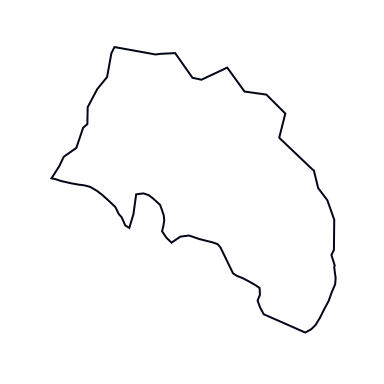 outline of Ika, Akwa Ibom, Nigeria, rotated 263°
{"feature_id": "59680162B87230656090923", "entity_name": "Ika", "entity_type": "district", "adm_level": 2, "iso_a3": "NGA", "parent_name": "Nigeria", "parent_adm1": "Akwa Ibom", "projection": "mercator", "projection_center": [7.523, 5.022], "detail": "fine", "context": "isolated", "style": "outline", "palette": "ink", "viewbox_px": 384, "rotation_deg": 263, "n_neighbors": 0, "source": "geoboundaries", "source_scale": "gbopen_adm2", "svg_char_len": 1224}
<svg xmlns="http://www.w3.org/2000/svg" viewBox="0 0 384 384"><g transform="rotate(263 192 192)"><path d="M222.7,54.2L221.4,58.1L219.0,63.0L215.4,73.0L213.1,80.4L211.9,85.4L209.5,91.6L204.7,97.8L199.8,102.8L192.5,109.1L186.4,114.1L179.1,116.6L175.5,119.1L166.9,121.7L164.0,125.4L177.2,131.2L196.5,136.3L196.5,143.7L194.1,148.7L190.5,152.4L183.2,158.7L178.3,159.9L172.1,161.1L167.4,161.0L162.0,159.5L156.6,157.5L149.8,161.0L147.1,163.2L144.2,165.5L149.1,175.0L149.2,183.7L144.4,193.6L142.0,199.8L139.6,206.1L138.1,209.1L137.2,211.0L133.9,213.3L133.5,213.5L106.3,222.8L103.3,226.3L100.4,231.7L97.4,236.1L92.0,243.4L88.5,247.4L81.7,246.9L76.3,243.9L69.4,245.4L61.9,248.3L38.7,287.3L41.2,293.5L41.4,293.8L44.9,298.4L51.1,303.3L54.3,305.5L58.5,308.2L67.1,314.3L74.5,318.0L83.1,322.9L89.3,324.1L94.2,324.0L100.3,324.0L101.7,324.7L112.5,322.7L117.2,325.8L147.2,329.8L167.4,325.3L180.5,317.7L198.5,315.6L199.7,314.3L234.9,285.4L235.3,285.2L258.5,294.2L279.6,277.7L285.3,256.4L311.2,242.1L302.3,215.1L305.3,206.4L331.9,192.2L333.0,177.2L332.9,172.7L345.3,132.7L339.5,128.9L316.4,121.7L305.7,110.5L288.9,98.8L272.1,96.4L269.1,91.8L249.9,82.6L242.6,69.0L233.8,63.4L222.7,54.2Z" fill="none" stroke="#020617" stroke-width="2"/></g></svg>